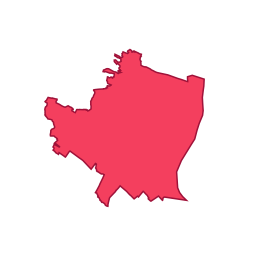 Dragasani, Vâlcea, Romania (Robinson projection), rotated 28°
{"feature_id": "2599482B20433096122329", "entity_name": "Dragasani", "entity_type": "district", "adm_level": 2, "iso_a3": "ROU", "parent_name": "Romania", "parent_adm1": "Vâlcea", "projection": "robinson", "projection_center": [24.24, 44.65], "detail": "fine", "context": "isolated", "style": "filled", "palette": "rose", "viewbox_px": 256, "rotation_deg": 28, "n_neighbors": 0, "source": "geoboundaries", "source_scale": "gbopen_adm2", "svg_char_len": 5494}
<svg xmlns="http://www.w3.org/2000/svg" viewBox="0 0 256 256"><g transform="rotate(28 128 128)"><path d="M213.6,164.4L208.4,162.9L203.9,160.8L199.9,157.5L191.5,143.9L190.4,131.7L191.6,112.9L192.1,106.4L190.0,97.6L188.7,90.4L187.9,81.8L186.2,77.4L182.3,71.1L179.3,66.1L176.9,59.9L176.2,58.0L175.3,55.5L172.3,49.1L160.0,51.3L156.5,54.8L157.3,56.4L158.4,58.0L158.9,59.0L157.7,59.3L152.6,60.1L148.6,60.9L138.2,62.4L129.8,64.8L127.5,65.4L125.9,65.6L123.0,65.6L122.7,65.6L121.9,65.7L121.1,65.7L120.5,65.5L119.7,65.4L116.5,65.5L115.0,65.6L114.6,66.0L114.1,66.2L113.3,66.3L112.7,66.5L111.7,66.6L110.0,66.5L108.7,64.3L107.8,63.1L108.0,62.9L107.3,62.6L106.3,61.8L106.1,60.9L105.9,60.7L105.8,59.2L105.9,58.7L105.5,58.8L105.4,57.1L105.2,56.6L103.2,57.1L102.5,57.1L102.3,57.1L102.2,56.9L101.1,57.0L98.8,57.1L98.8,57.5L98.6,57.8L97.1,57.1L96.4,58.2L96.7,58.4L95.9,59.1L95.1,58.2L94.7,58.0L93.6,57.8L92.9,57.8L92.8,58.2L91.7,59.7L91.7,60.2L91.6,60.5L92.0,60.8L93.1,61.2L92.7,62.4L90.8,62.8L87.9,63.1L88.1,64.2L87.8,65.0L87.8,65.3L88.2,65.4L88.5,65.9L88.6,66.8L89.0,67.0L89.6,67.1L89.9,67.8L89.9,68.1L89.7,68.4L89.3,68.7L89.1,68.6L88.7,68.9L87.9,69.3L87.6,69.3L86.9,68.8L81.9,69.0L82.3,69.9L82.3,70.4L82.5,70.5L83.5,70.6L84.1,70.4L85.1,70.7L85.7,70.8L86.9,70.4L87.7,70.5L88.8,70.2L89.5,70.6L89.6,70.9L89.8,71.4L90.0,71.8L90.4,71.9L90.6,72.2L90.6,72.3L90.6,72.5L89.5,73.9L89.1,74.1L88.3,74.5L87.5,74.5L85.1,73.7L84.5,74.2L84.0,74.4L84.5,75.5L84.8,75.6L85.0,75.9L86.1,76.3L86.5,76.4L88.1,77.0L88.3,76.5L88.4,75.8L91.6,76.8L92.3,77.9L91.8,79.0L92.0,79.4L92.1,79.7L92.4,80.0L92.9,80.2L93.8,80.2L94.2,80.7L94.7,80.8L94.6,81.1L92.8,81.7L92.4,82.1L92.9,82.9L93.5,82.9L95.4,82.5L94.2,83.7L94.0,84.1L93.9,84.4L93.8,84.5L93.2,84.6L91.8,84.3L90.8,84.3L90.0,84.7L89.0,84.9L83.2,84.8L81.9,85.3L81.3,85.7L80.6,86.6L80.0,87.5L79.2,88.3L79.5,89.9L80.9,89.5L81.0,89.2L82.0,88.7L86.2,88.1L86.8,87.7L87.1,87.6L87.3,87.4L90.5,86.6L90.8,87.2L91.6,89.5L91.0,89.7L91.0,90.2L91.1,90.8L91.0,91.1L90.9,91.2L90.3,91.2L89.8,90.9L89.1,90.9L88.4,92.1L88.0,92.4L87.4,92.6L87.0,92.6L86.7,92.3L85.9,92.5L86.4,94.1L87.0,96.2L87.1,96.3L88.0,96.5L88.5,97.4L89.0,98.0L90.1,98.2L91.3,98.1L93.0,97.9L93.0,98.0L92.6,98.6L92.4,99.1L91.6,99.8L91.2,100.0L90.4,100.1L90.0,100.3L89.9,100.7L90.1,100.7L90.3,100.9L90.4,101.8L90.7,102.1L90.9,102.2L90.8,102.3L90.1,102.6L89.8,102.7L90.1,103.5L88.0,104.8L88.1,105.0L84.4,107.2L81.7,109.0L79.9,110.3L79.8,110.5L80.0,110.9L81.5,111.6L81.8,111.9L82.2,112.5L82.5,114.2L82.3,115.1L82.5,115.8L82.7,117.2L82.3,118.5L82.4,119.3L82.7,120.2L82.6,120.5L82.5,120.8L82.7,122.3L83.0,122.6L83.2,123.0L83.4,123.3L84.0,124.6L85.2,126.1L85.8,127.4L86.4,128.5L85.9,129.6L85.6,130.2L85.6,130.4L85.2,131.1L84.7,131.6L84.4,131.8L83.8,131.1L82.8,131.9L82.3,131.3L80.4,132.3L80.5,132.5L77.9,133.8L76.3,134.5L76.2,134.8L75.4,135.1L74.1,135.8L74.2,139.2L73.0,139.3L70.3,139.1L70.1,138.6L70.1,137.6L70.9,137.4L70.8,137.2L70.6,137.0L69.9,136.7L68.0,136.4L67.1,136.6L64.7,136.5L62.7,139.2L60.5,139.5L58.8,139.5L56.3,139.3L52.8,139.5L52.0,138.4L52.0,137.5L52.2,136.9L52.2,136.5L52.0,136.1L51.7,135.8L50.4,136.3L47.0,137.1L47.0,137.4L44.9,138.0L43.1,138.5L43.0,140.0L43.0,141.9L42.6,142.7L42.4,143.4L42.4,143.7L43.9,144.0L44.8,143.9L45.5,144.9L45.7,145.6L45.7,146.2L45.9,146.5L45.8,147.1L45.4,147.8L45.5,148.1L45.3,148.4L45.6,149.9L45.9,150.5L46.0,151.0L46.8,151.8L47.3,153.0L48.1,154.2L48.2,154.6L48.5,155.4L49.1,155.3L49.4,155.8L49.4,156.0L52.1,157.0L52.7,157.5L53.0,157.6L55.5,156.8L56.2,156.7L56.7,156.5L56.9,156.5L57.1,156.6L57.9,157.4L58.4,157.6L59.3,157.8L59.5,157.9L59.8,158.4L60.2,159.0L60.5,159.4L62.6,161.3L62.9,161.7L62.8,163.0L62.5,163.5L61.3,164.8L61.2,165.2L61.0,166.3L61.9,168.3L62.1,169.1L62.5,170.3L62.8,170.8L63.3,171.4L66.4,169.8L67.7,170.2L69.6,170.4L70.4,170.6L70.3,171.2L71.4,171.6L71.6,171.8L71.3,172.6L71.2,173.3L70.7,174.3L70.3,175.6L72.3,175.9L76.2,176.6L76.4,176.7L76.4,176.9L76.3,177.0L76.1,177.1L70.4,177.0L70.7,177.9L70.7,180.0L71.4,180.1L71.9,180.3L72.1,180.5L72.4,181.0L72.4,181.7L72.2,182.7L73.4,182.9L74.1,183.0L76.1,183.8L77.7,183.8L79.0,183.9L78.7,182.1L83.7,182.7L86.3,183.1L86.5,182.5L87.2,176.4L87.6,175.6L97.9,177.1L103.3,177.8L114.8,181.7L115.9,174.6L116.6,174.6L117.1,174.8L117.1,175.1L117.3,175.9L117.6,176.3L117.8,176.8L118.1,177.7L118.1,178.5L118.4,178.7L119.4,179.1L119.5,179.4L119.7,179.6L120.2,180.0L120.3,180.4L120.4,180.6L121.3,180.9L121.7,180.7L122.6,180.8L125.2,181.1L126.1,181.1L126.5,180.8L127.0,180.5L127.7,180.4L128.9,180.4L129.2,183.3L129.5,190.6L129.7,192.4L129.7,197.5L129.6,200.4L130.3,200.4L130.9,200.1L132.0,201.1L132.7,201.4L133.1,201.6L133.1,202.2L133.2,202.3L133.8,202.4L134.0,202.6L133.9,202.8L133.8,203.1L134.1,203.2L134.4,203.1L134.8,203.1L135.3,203.2L135.9,203.8L137.1,204.5L137.3,205.0L137.9,204.9L138.3,205.2L139.0,205.3L139.4,205.8L139.6,205.9L140.0,205.9L140.7,205.5L142.9,205.8L143.3,206.0L143.9,206.6L145.2,206.9L145.7,206.9L147.0,206.6L146.9,206.2L146.3,205.2L145.6,202.8L144.6,198.8L144.5,198.0L146.8,189.9L146.8,189.7L146.7,189.2L146.7,188.8L146.8,188.8L146.9,188.5L147.7,185.6L148.1,183.4L148.2,182.8L156.5,184.6L161.0,186.2L161.7,186.2L165.5,187.4L166.3,187.7L166.7,187.7L168.1,184.4L168.5,183.7L169.6,184.0L171.1,176.8L172.0,177.0L175.8,178.3L176.5,178.4L177.5,179.0L177.7,179.3L179.2,180.0L179.0,180.7L179.2,181.1L181.9,181.8L182.6,181.8L184.1,179.1L186.9,173.8L192.3,175.7L192.5,175.1L192.1,174.6L192.0,174.3L191.9,173.9L191.9,173.3L192.0,172.7L192.3,172.1L193.0,171.7L204.6,167.6L213.6,164.4Z" fill="#f43f5e" stroke="#9f1239" stroke-width="1.5"/></g></svg>